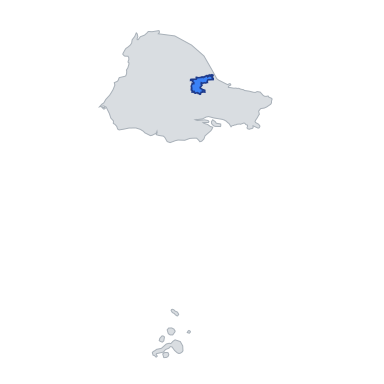 Morona, Morona Santiago, Ecuador (highlighted), rotated 266°
{"feature_id": "8360857B55598712606622", "entity_name": "Morona", "entity_type": "district", "adm_level": 2, "iso_a3": "ECU", "parent_name": "Ecuador", "parent_adm1": "Morona Santiago", "projection": "equal_earth", "projection_center": [-78.014, -2.429], "detail": "fine", "context": "in_parent", "style": "filled", "palette": "blue", "viewbox_px": 384, "rotation_deg": 266, "n_neighbors": 0, "source": "geoboundaries", "source_scale": "gbopen_adm2", "svg_char_len": 8054}
<svg xmlns="http://www.w3.org/2000/svg" viewBox="0 0 384 384"><g transform="rotate(266 192 192)"><path d="M354.6,147.5L353.5,148.4L350.8,148.8L348.7,147.9L347.8,147.9L347.7,148.9L350.5,151.3L351.8,155.6L353.8,158.2L355.1,159.5L355.1,160.5L354.8,162.2L354.7,163.6L355.3,170.2L354.9,170.6L353.4,170.6L352.2,169.4L348.9,185.7L338.6,201.8L326.9,213.4L313.3,220.0L303.3,224.6L301.8,226.3L296.9,234.5L296.7,235.3L297.4,236.7L297.4,237.6L296.7,238.1L296.1,238.2L295.8,237.8L295.6,236.8L294.9,235.8L294.1,235.5L293.7,235.7L293.7,236.6L292.6,241.0L292.6,243.2L292.2,244.0L292.2,245.9L291.2,247.7L290.4,250.6L289.6,251.5L288.6,256.1L287.1,260.6L286.9,262.2L287.4,263.3L287.6,264.2L286.9,267.0L283.4,269.7L282.5,271.0L282.2,272.5L282.4,273.8L282.3,274.9L281.2,275.3L280.0,277.8L279.2,278.4L277.0,277.6L275.4,277.5L274.1,276.7L271.6,272.4L270.7,269.9L270.4,266.3L268.0,264.1L264.8,264.6L263.9,263.8L261.5,262.3L259.5,260.7L258.0,259.8L256.9,260.2L255.0,263.1L253.2,264.3L252.4,264.2L251.3,263.4L251.1,262.4L253.8,257.5L251.8,257.4L251.1,256.3L251.0,255.1L250.6,253.7L251.0,252.2L252.1,251.3L253.7,252.0L254.8,252.0L255.5,250.5L256.9,249.4L257.2,248.6L256.5,246.2L256.2,244.9L256.5,244.1L256.4,241.5L255.9,240.5L255.9,239.1L255.5,238.3L255.3,236.5L254.3,235.5L257.6,233.8L258.8,232.4L260.2,231.2L261.5,229.3L262.3,227.5L264.3,219.1L266.1,213.8L265.8,211.3L264.3,207.8L263.9,202.8L264.1,201.2L263.9,200.1L262.9,202.2L263.1,209.6L262.2,213.0L261.0,213.8L260.2,213.2L260.6,207.8L259.7,208.7L258.2,212.4L255.8,215.2L255.7,216.1L255.1,217.2L253.2,216.2L251.8,215.1L247.1,208.9L244.1,207.6L242.2,205.5L241.8,204.6L241.6,203.3L243.5,202.1L245.4,200.3L245.6,196.5L245.6,193.5L244.1,188.4L244.8,181.7L244.4,179.1L242.8,173.6L244.0,170.8L248.3,168.7L249.7,167.4L250.7,163.0L251.7,160.3L253.6,161.4L255.1,161.3L253.1,160.3L251.4,156.3L251.1,154.5L254.3,149.1L256.0,147.7L258.1,144.8L259.8,140.5L260.2,133.6L259.5,128.7L259.0,123.6L260.0,122.2L262.7,121.5L264.8,119.9L265.9,118.3L268.4,118.6L271.4,116.2L276.1,115.0L282.7,112.3L284.1,109.9L283.4,105.6L285.9,108.2L287.0,110.2L290.4,112.5L294.3,116.6L297.0,118.6L299.8,120.5L304.0,122.5L306.5,122.1L307.6,125.2L308.5,126.1L310.9,127.2L311.2,127.5L312.1,133.2L312.6,134.1L314.6,135.0L317.2,135.3L318.2,135.1L320.4,136.7L323.9,138.0L325.1,138.1L325.7,137.9L325.9,137.3L326.9,137.4L328.4,138.2L330.5,138.3L331.9,137.6L332.2,134.5L332.7,133.8L334.2,132.6L335.0,132.8L339.0,135.4L339.9,136.2L340.9,138.0L342.8,140.6L344.8,142.2L348.0,142.9L351.1,145.7L354.6,147.5ZM36.3,143.9L37.5,145.7L38.2,150.6L42.2,155.8L42.7,158.7L42.3,160.1L42.5,160.6L44.4,162.6L45.7,164.8L43.6,169.9L39.1,172.0L34.3,171.9L33.4,171.4L32.1,169.4L31.8,167.7L32.6,166.1L35.1,163.6L38.8,161.3L39.3,159.6L37.8,158.0L36.7,154.6L34.3,152.3L33.2,145.2L32.4,144.9L30.7,145.9L29.9,145.0L29.8,144.6L31.6,143.0L31.9,141.8L34.5,141.2L35.6,142.2L36.3,143.9ZM55.0,165.3L53.9,165.4L50.8,162.8L51.0,160.2L52.3,158.5L56.2,157.6L57.9,159.2L57.8,162.3L56.4,164.5L55.3,164.9L55.0,165.3ZM258.1,224.4L257.8,225.4L255.9,225.3L255.3,225.0L255.8,220.0L256.3,218.5L257.9,216.9L259.2,216.2L260.8,216.3L262.6,217.7L260.5,220.2L258.9,221.0L258.1,224.4ZM33.2,157.0L31.2,157.5L29.5,156.5L28.8,155.1L28.7,153.0L28.8,152.3L32.5,151.5L33.7,153.3L33.7,155.9L33.2,157.0ZM73.2,169.1L70.9,170.2L69.5,169.1L69.4,168.5L70.7,166.8L72.0,165.9L73.1,164.0L75.2,162.9L75.8,163.1L76.2,163.5L76.4,164.2L75.7,165.7L74.4,166.8L73.2,169.1ZM50.2,153.6L49.3,154.4L45.5,153.5L44.3,151.9L45.3,149.8L46.1,148.9L48.3,149.7L50.6,152.1L50.2,153.6ZM53.2,180.6L52.4,180.6L51.3,179.5L52.1,177.4L53.7,178.5L54.1,179.3L53.2,180.6ZM282.5,111.0L281.3,111.2L280.8,109.9L282.2,108.4L282.6,108.1L282.5,111.0Z" fill="#d9dde1" stroke="#a8b0b8" stroke-width="1"/><path d="M290.7,211.8L291.1,211.8L291.2,211.6L291.3,211.5L291.6,211.5L291.8,211.6L291.8,211.8L292.2,211.8L292.4,211.9L292.7,211.8L292.7,211.4L292.6,211.1L292.7,210.9L292.9,211.0L293.0,210.9L293.2,210.6L293.2,210.0L293.3,210.1L293.5,209.6L293.9,209.1L294.2,208.9L294.2,208.7L294.4,208.4L294.6,207.9L294.7,207.6L294.9,207.6L295.5,207.6L295.7,207.4L295.9,207.4L296.1,207.9L296.3,208.1L296.7,208.2L296.8,208.5L297.2,208.8L297.4,209.0L297.4,208.9L297.4,209.0L297.5,209.1L298.5,208.9L298.7,209.1L299.0,208.8L299.1,209.1L299.4,209.0L299.6,209.0L299.8,209.1L300.1,208.9L300.2,209.0L300.4,209.0L300.1,209.6L299.9,209.7L299.8,209.9L299.8,210.9L300.1,211.5L300.2,211.9L300.1,212.1L299.8,212.5L299.8,212.8L299.8,213.5L300.0,213.6L300.0,213.8L300.1,214.3L300.2,214.6L300.2,214.9L300.4,214.8L300.6,214.9L301.0,214.7L301.7,215.3L301.9,215.3L302.0,215.2L302.4,215.2L302.7,215.6L302.8,216.1L302.9,216.3L302.8,216.7L302.8,216.9L302.8,217.0L302.8,217.4L302.7,217.5L302.8,217.7L302.7,217.8L302.7,218.0L302.7,218.3L302.7,218.5L302.7,219.0L302.8,219.2L302.7,219.3L302.7,219.5L302.7,219.8L302.7,220.1L302.8,220.3L302.7,220.4L302.5,220.8L302.6,221.0L302.9,221.1L303.0,221.1L302.9,220.9L302.9,220.6L303.0,220.5L303.1,220.4L303.3,220.2L303.5,220.2L303.6,220.5L304.1,220.9L304.3,220.7L304.5,220.6L304.6,220.4L304.6,220.1L304.9,220.0L305.0,220.1L305.3,220.1L305.7,219.9L305.8,219.9L305.8,220.0L306.0,220.3L306.1,220.5L306.3,220.7L306.3,220.8L306.5,220.9L306.5,221.0L306.8,221.1L306.8,220.9L306.9,220.7L307.1,220.7L307.1,220.4L307.0,220.2L307.2,220.3L307.2,220.2L307.3,220.0L307.6,220.0L307.6,219.9L307.4,219.8L307.5,219.7L307.4,219.6L307.4,219.9L307.3,219.7L307.0,219.1L307.3,218.8L307.2,218.7L307.3,218.5L307.0,218.2L307.1,217.9L306.9,217.9L306.9,217.7L307.0,217.4L306.8,217.5L306.9,217.3L306.8,217.2L307.0,217.2L306.9,217.1L306.9,216.9L306.8,217.0L306.8,216.9L306.8,216.7L306.7,216.4L306.8,216.2L306.6,216.1L306.4,216.2L306.4,215.9L306.3,216.0L306.2,215.9L306.3,215.8L306.2,215.7L306.3,215.7L306.5,215.6L306.5,215.3L306.6,215.2L306.8,215.1L307.0,215.1L307.0,214.9L307.0,214.7L306.9,214.7L306.8,214.4L306.7,214.5L306.6,214.3L306.6,214.1L306.6,213.9L306.5,213.7L306.5,213.9L306.4,213.7L306.5,213.7L306.4,213.6L306.4,213.4L306.4,213.2L306.2,213.2L306.3,213.2L306.2,212.8L306.2,212.7L306.1,212.3L305.9,212.3L305.9,212.2L305.9,211.8L305.9,211.7L306.0,211.7L305.9,211.7L306.0,211.4L305.9,211.3L305.9,211.2L306.0,210.9L306.1,210.7L306.0,210.8L306.0,210.7L305.9,210.7L306.0,210.6L305.9,210.5L306.0,210.3L306.0,210.1L305.9,210.1L306.0,210.1L306.1,209.9L305.9,209.6L306.0,209.2L305.8,209.1L305.6,209.2L305.6,208.6L305.6,208.2L305.6,207.5L305.6,207.4L305.6,207.2L305.6,206.7L305.6,206.4L305.6,206.2L305.6,205.5L305.8,205.3L306.0,205.1L306.0,204.9L305.9,204.7L306.0,204.5L305.9,204.5L306.0,204.4L305.9,204.2L305.4,204.3L305.2,204.5L304.6,204.2L304.3,204.2L304.3,203.3L304.2,202.8L304.4,202.1L304.4,201.9L304.4,201.3L304.4,200.5L304.5,200.1L304.5,199.8L304.4,199.4L304.5,198.8L304.4,198.7L304.1,198.5L303.9,198.9L303.4,198.6L303.4,199.1L303.3,199.4L303.1,199.9L302.9,200.0L302.9,200.4L302.6,200.2L302.5,200.3L302.0,200.3L302.0,200.5L301.8,200.6L301.3,201.3L300.9,201.5L300.5,201.3L300.4,201.4L300.2,201.4L299.9,201.4L299.9,201.0L300.0,201.0L300.0,200.5L300.0,200.2L299.9,200.2L299.8,199.9L299.6,200.0L299.5,199.8L299.6,199.7L299.4,199.7L299.0,199.3L298.5,198.9L298.4,198.9L298.1,198.9L297.8,198.8L297.7,198.8L297.6,198.7L297.4,198.6L296.6,199.0L296.4,198.8L296.2,198.9L295.5,198.6L295.1,198.9L295.0,199.0L294.9,198.9L294.9,198.7L294.5,198.6L294.2,198.4L293.8,198.4L293.4,199.1L293.3,199.5L293.0,199.6L292.9,199.5L292.7,199.3L292.3,199.3L292.3,199.1L292.0,199.1L291.9,199.1L291.7,199.0L291.5,200.0L291.8,200.2L291.8,200.3L291.8,200.5L292.0,200.8L291.9,200.8L291.7,200.9L291.6,201.4L291.2,201.5L290.9,201.7L290.7,201.5L290.3,202.0L290.3,202.4L290.5,202.5L290.5,202.9L290.6,203.5L290.6,203.8L290.8,203.9L290.9,204.1L290.7,204.4L290.6,204.5L290.5,204.9L290.4,204.9L290.3,204.7L290.2,204.8L289.8,204.9L289.7,205.1L289.8,205.3L289.8,205.5L289.7,206.1L289.7,206.3L289.5,206.5L289.1,206.5L288.9,206.6L288.9,206.8L289.0,206.9L289.0,207.1L289.4,207.0L289.5,207.2L289.7,207.3L289.9,207.4L290.1,207.8L290.3,207.8L290.9,208.1L290.9,208.5L290.8,208.9L290.8,209.1L291.0,209.5L291.2,209.4L291.4,209.5L291.2,209.7L290.9,210.0L290.9,210.3L291.0,210.5L290.7,211.8Z" fill="#3b82f6" stroke="#1e3a8a" stroke-width="1.5"/></g></svg>